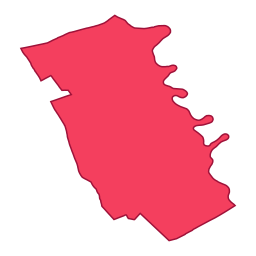 Bivolari, Iasi, Romania
{"feature_id": "2599482B79000451920011", "entity_name": "Bivolari", "entity_type": "district", "adm_level": 2, "iso_a3": "ROU", "parent_name": "Romania", "parent_adm1": "Iasi", "projection": "equal_earth", "projection_center": [27.4, 47.531], "detail": "fine", "context": "isolated", "style": "filled", "palette": "rose", "viewbox_px": 256, "rotation_deg": 0, "n_neighbors": 0, "source": "geoboundaries", "source_scale": "gbopen_adm2", "svg_char_len": 5738}
<svg xmlns="http://www.w3.org/2000/svg" viewBox="0 0 256 256"><path d="M98.7,193.9L99.0,194.4L99.4,195.8L99.5,196.6L99.6,198.1L99.7,198.5L99.9,199.1L100.4,199.8L100.7,200.6L100.8,201.2L100.9,201.9L101.0,202.4L101.6,204.4L101.6,204.8L101.7,205.1L101.8,205.9L102.0,206.3L102.1,206.5L104.9,209.5L107.4,212.3L109.2,214.3L109.8,214.9L111.5,216.8L113.2,218.6L113.9,219.5L114.0,219.5L116.1,218.7L118.1,217.9L123.7,215.8L125.4,215.0L126.0,214.9L126.6,215.3L127.6,217.4L128.4,218.5L131.6,219.1L133.4,219.5L134.2,219.6L134.4,219.6L134.6,219.5L134.8,219.3L137.3,216.5L139.3,214.3L140.2,213.4L169.1,240.6L176.5,238.7L185.2,234.3L185.4,233.9L189.3,231.8L191.9,230.5L192.2,230.3L193.5,229.2L195.5,228.2L198.1,226.7L209.9,220.4L215.0,217.8L219.2,215.4L223.9,212.6L226.5,211.0L229.4,209.2L234.4,206.0L235.1,205.6L234.2,204.6L231.4,202.4L230.1,201.1L229.1,199.9L228.6,199.1L228.3,198.1L228.2,197.3L228.1,196.7L228.2,196.2L228.3,195.2L229.0,193.4L229.3,192.6L229.4,191.9L229.4,190.9L229.3,189.5L228.9,188.4L228.5,187.7L228.1,187.2L227.6,186.7L227.0,186.1L226.2,185.5L225.5,185.1L224.1,184.5L222.1,183.7L218.3,182.0L217.2,181.2L215.5,180.3L213.7,179.0L213.0,178.3L212.2,177.4L211.6,176.5L210.6,175.3L209.5,173.7L208.9,172.8L208.7,172.1L208.6,171.5L208.7,170.9L208.8,169.8L209.1,168.8L209.6,167.8L210.7,165.8L211.8,164.4L212.3,163.2L212.7,162.2L212.8,161.5L212.8,160.2L212.6,159.7L212.0,158.9L211.3,158.2L210.4,157.1L210.2,156.3L210.2,154.7L210.6,153.0L211.3,151.3L211.9,150.4L212.4,149.6L214.1,148.1L216.2,146.6L217.2,145.6L218.7,144.0L220.0,142.9L220.9,142.1L222.7,141.2L226.4,139.8L227.7,138.9L228.2,138.3L228.6,137.6L228.7,136.9L228.7,136.3L228.5,135.6L228.0,135.0L227.4,134.5L226.6,134.1L225.0,133.9L223.4,134.4L221.6,135.6L220.4,136.9L218.9,138.5L216.5,140.5L214.3,141.8L212.8,142.5L211.2,143.4L210.3,144.5L210.1,145.1L209.6,145.5L208.9,145.9L208.4,146.0L207.3,146.0L206.6,145.9L205.7,145.7L204.8,145.3L204.3,145.0L203.9,144.3L203.7,143.8L203.6,142.7L203.7,141.6L203.6,140.0L203.4,139.0L202.9,137.4L202.4,136.7L200.7,135.1L198.2,133.0L194.2,130.1L193.7,129.5L193.4,128.7L193.4,128.0L193.8,127.3L194.3,126.7L195.3,126.1L196.5,125.6L198.7,125.3L201.7,125.1L203.6,124.8L207.3,123.7L209.3,123.1L211.0,122.4L212.1,121.6L212.7,120.5L212.9,119.9L213.1,119.1L212.8,118.1L212.5,117.2L212.0,116.7L211.4,116.1L210.2,115.7L209.0,115.5L207.7,115.6L206.6,115.7L205.1,116.6L203.8,117.8L202.3,118.9L200.6,119.8L199.7,120.1L199.1,120.2L197.9,120.2L196.4,119.8L195.1,119.3L193.7,118.6L191.7,116.6L190.6,114.9L188.9,111.1L187.6,109.6L186.6,108.8L180.5,106.6L177.5,105.1L175.4,103.7L173.9,102.2L172.9,101.0L172.5,100.0L172.2,99.1L172.2,98.1L172.5,97.1L172.8,96.7L173.6,96.1L174.6,95.6L175.8,95.5L177.2,95.7L178.1,96.2L179.2,96.8L180.6,97.4L181.5,97.6L182.8,97.7L183.6,97.6L184.4,97.2L185.2,96.8L186.3,95.9L186.9,95.1L187.3,94.4L187.4,93.9L187.4,93.3L187.1,92.7L186.6,91.9L185.8,91.1L184.6,90.3L183.5,89.6L182.3,89.2L174.7,88.6L173.4,88.5L172.3,88.0L170.8,87.0L169.5,86.4L167.7,85.9L165.3,85.1L164.2,84.3L163.7,83.7L163.5,83.2L163.4,82.7L163.4,82.0L163.5,80.9L164.0,80.1L165.0,78.9L168.1,75.9L169.8,73.4L170.9,72.6L172.0,72.2L173.4,71.7L174.2,71.3L175.1,70.7L176.5,68.9L176.8,68.1L176.6,67.3L176.2,66.5L175.5,65.8L174.4,65.4L173.2,65.2L171.7,65.4L169.5,66.2L168.6,66.5L167.8,66.5L167.4,66.4L165.2,66.7L163.5,66.7L161.9,66.7L160.1,66.2L158.6,65.4L157.5,64.6L156.5,63.6L155.9,63.0L155.3,62.0L155.0,61.1L154.7,60.0L154.6,59.2L154.4,57.2L154.3,56.7L153.8,55.4L153.4,54.5L152.7,52.4L152.4,51.2L152.4,50.6L152.4,50.1L152.8,49.3L153.9,47.4L154.9,46.3L156.8,44.8L159.2,42.6L160.7,40.9L162.7,38.8L164.3,37.7L165.6,36.9L167.7,35.6L169.0,34.4L170.4,32.5L170.5,31.3L170.5,30.6L170.3,29.6L169.8,28.7L169.4,28.2L168.4,27.2L167.9,26.8L167.2,26.4L166.3,26.0L165.4,25.7L164.5,25.6L161.3,25.7L158.6,25.8L154.7,26.7L153.5,27.3L152.6,27.4L152.3,27.2L149.0,27.9L146.8,28.3L144.1,28.6L140.9,28.4L137.5,28.2L134.6,28.0L134.1,27.8L133.1,27.3L131.3,26.3L129.7,25.0L128.2,24.0L127.4,23.2L125.3,20.6L124.0,19.8L117.6,17.1L114.8,15.4L108.9,19.7L108.3,20.2L108.2,20.4L106.6,21.5L104.5,22.9L102.8,23.6L100.0,24.6L98.1,25.3L95.4,26.0L93.9,26.5L92.0,26.9L90.1,27.4L88.6,27.8L86.5,28.2L85.0,28.6L81.2,29.6L73.3,31.8L72.3,32.0L71.6,32.2L69.8,32.5L69.2,32.7L65.4,34.4L63.5,35.4L63.2,35.6L62.4,35.9L59.5,37.1L57.9,37.7L57.1,38.3L52.4,40.4L52.1,40.6L47.5,42.9L42.5,44.0L39.6,44.6L31.6,46.3L24.2,47.8L21.3,48.3L20.9,48.4L21.4,49.4L22.1,50.8L22.7,52.0L24.3,54.3L25.1,55.2L26.7,56.9L27.0,57.3L27.7,58.5L28.5,59.6L30.4,62.6L30.9,63.4L30.9,63.7L31.0,64.1L31.1,64.4L31.6,65.6L32.6,67.2L33.2,68.3L33.5,68.6L33.8,68.9L34.1,69.2L34.5,70.1L35.1,71.2L35.2,71.5L35.8,72.0L36.3,72.9L37.9,75.1L39.1,77.0L39.7,78.0L40.4,79.5L41.0,80.8L43.7,79.4L44.9,78.7L50.8,75.6L51.5,76.3L51.8,76.7L53.4,79.0L58.5,85.7L59.4,87.1L61.9,90.3L63.3,90.3L64.6,90.2L68.2,90.3L71.3,94.6L66.4,96.2L60.4,98.3L54.7,100.3L50.8,101.6L53.2,106.6L53.9,108.0L54.6,109.3L55.2,110.3L55.7,110.9L56.8,112.7L57.5,113.7L58.2,114.7L59.9,117.5L60.5,118.4L61.1,119.4L61.7,120.4L64.7,125.3L64.6,125.5L64.9,125.8L65.1,126.3L65.5,127.6L66.1,129.7L66.3,130.4L66.5,131.2L66.7,132.3L66.8,133.1L67.0,133.6L67.2,134.9L67.3,135.4L67.4,136.8L67.5,137.2L68.2,139.6L68.7,141.1L69.5,144.2L69.9,145.4L70.4,146.7L71.3,149.1L71.9,150.9L73.0,153.6L74.6,158.1L76.9,163.5L77.3,164.9L77.6,165.9L77.8,166.9L78.0,167.9L78.3,169.2L78.6,170.7L79.1,172.0L79.7,173.3L80.1,174.0L80.6,174.9L81.2,175.8L82.0,176.9L82.3,177.2L82.7,177.5L84.6,178.6L87.2,179.9L90.1,181.5L90.5,181.7L90.7,181.8L90.9,182.0L91.2,182.3L91.8,183.6L92.2,184.4L92.9,185.5L93.2,185.9L93.6,186.5L94.2,187.1L94.3,187.3L94.4,187.5L94.6,187.7L95.3,188.2L95.5,188.4L95.8,188.7L96.1,189.1L96.3,189.5L96.6,190.1L97.0,191.4L97.3,192.0L97.7,192.7L98.1,193.3L98.7,193.9Z" fill="#f43f5e" stroke="#9f1239" stroke-width="1.5"/></svg>